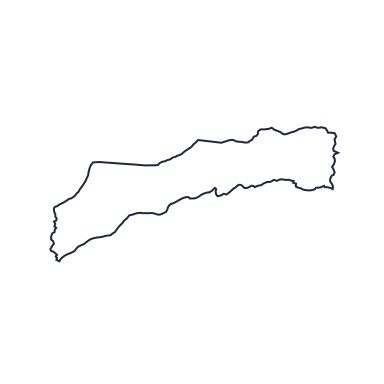 Piquerobi, São Paulo, Brazil (Equal Earth projection), rotated 232°
{"feature_id": "56859067B52261858326650", "entity_name": "Piquerobi", "entity_type": "district", "adm_level": 2, "iso_a3": "BRA", "parent_name": "Brazil", "parent_adm1": "São Paulo", "projection": "equal_earth", "projection_center": [-51.748, -21.844], "detail": "fine", "context": "isolated", "style": "outline", "palette": "slate", "viewbox_px": 384, "rotation_deg": 232, "n_neighbors": 0, "source": "geoboundaries", "source_scale": "gbopen_adm2", "svg_char_len": 3478}
<svg xmlns="http://www.w3.org/2000/svg" viewBox="0 0 384 384"><g transform="rotate(232 192 192)"><path d="M219.1,44.7L220.1,47.9L220.3,50.4L220.1,53.2L219.5,56.0L218.8,58.2L218.2,60.5L217.9,63.4L218.6,66.0L219.0,68.5L218.4,71.3L217.5,75.0L217.5,77.7L217.5,80.9L217.1,83.6L216.2,85.9L215.0,88.5L213.9,90.3L212.7,92.2L211.5,94.7L210.5,97.2L209.1,99.5L208.1,101.2L208.2,103.4L207.9,106.6L208.9,110.0L209.7,112.9L210.1,115.4L210.3,118.0L211.2,120.7L211.3,124.6L212.2,128.1L210.8,131.2L209.3,135.4L207.5,138.4L205.8,139.9L204.3,142.0L203.0,143.5L201.5,145.4L200.0,147.7L197.4,149.7L194.9,151.4L193.8,153.1L193.2,155.1L192.8,157.1L192.3,159.2L193.2,161.5L194.5,163.3L195.4,165.3L195.7,167.6L194.9,169.7L194.3,171.9L193.9,174.6L193.5,177.6L192.7,181.4L191.4,184.7L189.8,186.2L188.3,186.2L186.6,188.4L185.4,190.1L184.6,192.3L184.2,194.4L184.1,197.3L183.6,199.9L182.4,203.2L181.0,205.7L180.7,208.5L181.2,212.5L179.4,212.8L177.7,210.8L175.1,209.5L172.9,209.6L171.5,212.6L171.1,215.9L168.8,217.6L168.7,221.6L169.1,226.6L168.8,229.4L169.0,233.0L167.7,234.7L165.9,235.5L162.9,235.7L161.2,238.1L160.7,240.1L160.3,242.8L158.7,244.2L157.1,244.5L156.5,247.4L154.7,251.0L154.7,253.3L153.7,257.2L151.7,260.0L151.1,264.1L148.6,265.6L147.9,268.6L146.9,270.4L144.4,272.7L143.1,274.2L142.0,275.9L139.8,277.2L138.2,278.9L136.9,277.4L134.6,279.1L132.4,277.2L130.2,278.2L128.1,279.9L126.5,280.6L124.8,281.6L122.4,283.8L120.6,286.0L119.5,288.0L118.6,290.2L119.0,292.3L117.7,294.2L116.7,295.7L116.1,297.8L115.6,299.8L114.1,299.5L113.1,300.9L111.5,302.4L109.6,303.8L107.7,304.7L109.2,306.2L111.7,307.2L113.6,307.2L115.5,307.5L117.1,308.8L118.1,310.4L118.9,312.3L118.3,314.2L119.7,316.5L122.2,317.3L123.7,317.6L125.5,317.8L126.6,321.1L128.4,323.7L130.6,325.0L132.7,325.0L134.0,327.6L133.0,331.2L134.8,330.3L137.2,329.0L138.9,329.7L140.1,331.1L140.9,332.7L141.5,334.7L143.1,335.4L145.7,336.7L147.0,339.9L150.4,340.6L152.6,338.7L153.9,337.2L154.9,335.7L157.1,336.2L160.0,336.5L161.6,335.2L163.4,333.8L164.2,331.9L165.7,330.1L167.7,329.0L168.4,327.1L169.3,325.1L171.2,323.5L172.9,321.4L173.9,319.2L174.6,317.3L175.7,315.3L176.0,312.7L176.5,310.7L177.0,308.8L177.9,307.1L178.8,304.2L179.9,301.2L181.1,299.8L182.6,299.1L184.4,298.7L186.3,297.7L188.8,296.2L190.7,295.1L192.2,294.8L193.6,294.3L194.6,291.1L196.0,288.9L197.1,287.1L198.3,285.7L199.2,284.1L199.1,281.3L197.1,279.6L196.6,277.4L197.5,274.6L196.2,271.5L196.6,269.0L196.6,266.7L197.9,264.7L199.9,262.8L201.6,261.3L203.2,259.4L205.1,257.7L207.5,256.7L209.1,254.7L210.4,251.9L212.7,245.5L229.2,228.8L228.8,226.6L228.7,224.6L228.6,222.3L227.9,219.3L228.1,216.3L228.5,212.6L228.5,209.7L228.3,207.2L228.8,204.9L229.5,203.0L230.0,200.5L231.0,198.0L231.1,195.2L232.3,192.0L233.0,189.2L234.0,187.6L234.7,184.7L234.3,181.7L235.6,179.6L242.1,171.1L246.0,166.9L247.6,165.1L248.9,163.8L253.2,158.9L263.2,147.9L264.9,146.0L272.8,137.3L276.3,132.1L275.5,129.4L274.6,127.3L273.5,125.6L271.1,122.4L269.2,120.6L267.9,118.0L266.5,115.5L265.5,113.0L264.7,110.7L263.9,108.2L263.3,105.6L262.0,102.7L261.8,99.8L261.1,97.4L261.2,93.5L262.3,90.5L262.5,86.9L263.1,82.6L263.8,79.5L263.8,77.0L264.7,74.9L264.0,73.0L262.6,72.0L260.8,71.0L258.9,70.8L256.8,69.2L254.4,69.0L253.2,67.5L253.7,65.1L251.0,64.6L249.6,62.4L247.4,62.9L246.8,60.7L245.0,59.0L245.4,56.4L244.3,54.5L243.0,53.1L241.3,51.7L239.0,52.3L236.2,51.3L235.4,48.1L234.1,45.2L232.2,44.7L230.6,45.9L227.9,46.6L225.6,46.9L225.2,45.0L223.0,45.0L222.1,43.4L219.1,44.7Z" fill="none" stroke="#1e293b" stroke-width="2"/></g></svg>